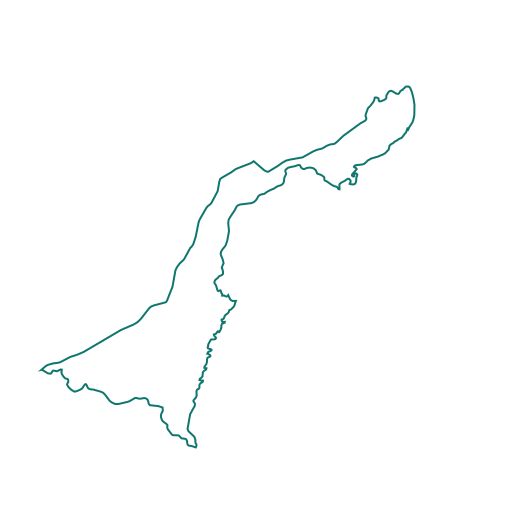 map outline of East Berbice-Corentyne (Robinson projection), rotated 42°
{"feature_id": "GUY-671", "entity_name": "East Berbice-Corentyne", "entity_type": "Region", "adm_level": 1, "iso_a3": "GUY", "parent_name": "Guyana", "parent_adm1": "", "projection": "robinson", "projection_center": [-57.523, 3.897], "detail": "fine", "context": "isolated", "style": "outline", "palette": "teal", "viewbox_px": 512, "rotation_deg": 42, "n_neighbors": 0, "source": "natural_earth", "source_scale": "10m", "svg_char_len": 6076}
<svg xmlns="http://www.w3.org/2000/svg" viewBox="0 0 512 512"><g transform="rotate(42 256 256)"><path d="M271.1,302.9L273.2,307.6L273.4,308.9L273.2,312.2L273.1,312.8L272.4,313.9L272.6,314.7L273.1,315.5L273.4,316.6L273.3,317.7L272.9,319.6L272.8,320.8L273.0,321.8L273.9,324.0L273.7,325.1L273.1,325.8L273.0,326.4L273.9,327.2L274.7,327.4L275.5,327.1L276.8,325.9L277.0,326.3L277.3,326.5L276.1,329.2L276.8,331.0L278.2,332.4L279.0,334.5L279.6,337.1L279.3,337.5L278.1,337.4L277.9,337.8L278.3,340.4L277.2,342.5L278.3,343.2L281.0,343.5L281.4,344.9L280.5,346.2L279.2,347.4L278.4,348.3L279.5,353.1L279.9,354.1L280.5,354.5L281.2,356.3L282.2,356.7L282.9,356.5L284.6,355.6L285.6,355.4L286.1,356.0L284.7,359.4L285.2,361.1L285.5,360.9L288.3,360.4L289.1,360.9L289.0,361.9L288.1,364.0L288.5,365.2L290.6,367.8L291.4,369.5L291.9,373.1L292.6,373.7L294.3,372.6L294.9,373.8L294.2,376.1L294.3,377.7L294.7,378.5L296.8,381.3L296.9,382.0L296.5,385.1L297.0,386.0L298.2,385.5L299.9,384.1L300.6,385.0L300.5,386.0L300.1,387.0L299.9,388.0L300.1,389.2L300.5,390.1L301.9,391.5L302.3,392.4L302.2,393.4L301.6,394.7L302.3,396.4L305.2,399.3L306.1,401.4L306.1,404.8L306.4,405.6L307.2,406.0L309.1,406.4L309.8,406.9L310.9,408.7L311.7,412.8L312.3,414.9L312.9,417.6L320.9,430.4L323.1,431.4L331.2,431.6L334.3,433.4L334.8,434.2L335.4,434.8L336.1,435.3L337.8,435.9L338.5,436.6L339.0,437.5L339.3,438.6L335.4,440.2L332.9,441.9L331.6,442.0L330.4,441.3L329.2,440.2L327.9,439.3L326.3,439.0L324.9,439.7L323.8,440.6L322.6,441.3L321.0,441.3L319.3,441.0L318.2,441.3L314.6,444.4L313.6,445.0L312.5,444.9L306.6,443.8L305.6,443.4L304.2,442.2L303.7,441.3L303.0,440.8L301.2,440.8L298.5,441.1L297.1,441.1L295.6,440.7L293.5,439.5L291.9,438.0L291.0,436.1L290.4,433.4L287.9,431.1L283.9,432.9L276.9,437.9L275.2,437.6L272.2,435.5L270.2,435.3L268.4,436.0L267.2,437.3L266.1,438.8L264.8,440.1L263.1,441.1L262.0,441.6L261.1,442.5L259.1,448.7L258.2,450.3L252.7,458.2L250.3,460.3L246.4,461.4L243.9,461.5L236.9,460.1L234.0,459.9L231.4,460.7L224.7,464.0L221.9,466.0L220.5,466.5L219.1,466.5L216.6,465.3L215.3,465.1L214.8,465.8L214.9,467.3L215.4,470.1L215.2,471.7L214.6,473.4L213.2,476.5L211.8,478.3L208.4,479.0L204.5,478.9L201.8,478.1L201.3,477.3L200.7,475.2L200.0,474.3L198.7,473.5L197.8,473.7L197.0,474.2L196.0,474.6L194.4,474.5L192.6,474.2L190.8,473.6L189.4,472.8L188.8,472.1L188.0,470.6L187.7,470.4L186.7,471.1L185.7,473.7L185.1,474.9L184.4,475.4L182.5,476.4L181.9,477.0L181.8,477.9L182.3,479.9L182.2,480.8L180.0,482.4L173.0,483.8L172.7,484.2L173.4,478.6L174.1,476.4L177.0,471.7L180.5,467.6L181.5,466.1L185.6,455.1L189.1,449.2L192.1,442.7L205.2,401.2L210.9,388.8L211.9,385.6L212.3,383.9L212.4,381.9L212.5,379.2L211.6,367.1L211.6,365.8L211.9,363.7L213.2,361.0L219.7,351.1L220.0,350.4L219.7,348.6L214.5,334.7L205.8,320.7L204.9,317.8L204.5,315.1L204.3,312.6L204.7,308.3L204.7,306.5L201.8,294.1L201.9,291.9L201.6,289.8L201.2,288.5L198.5,282.4L190.9,269.5L190.2,268.0L189.6,266.0L187.0,253.9L186.8,251.1L187.4,248.4L187.4,246.4L184.1,233.4L179.1,225.5L177.9,222.9L178.2,220.9L181.5,210.7L182.9,204.6L190.0,190.6L190.9,187.1L204.7,186.8L207.2,186.2L208.7,185.3L211.9,174.7L213.2,168.9L214.5,165.0L216.6,161.8L224.6,151.6L228.7,139.5L230.4,136.1L233.1,132.1L235.1,126.2L236.4,123.6L239.0,120.5L239.5,119.1L239.8,117.1L240.5,108.1L244.9,87.3L246.4,83.0L246.6,82.3L246.5,80.7L245.2,79.3L244.1,79.0L242.8,77.4L240.3,71.2L240.5,68.1L240.2,63.6L239.7,61.4L238.3,58.8L239.3,57.7L241.1,57.0L241.7,57.0L242.0,57.2L243.5,58.5L243.9,58.5L244.4,58.4L245.2,57.6L246.9,54.1L247.3,52.1L247.0,51.2L245.8,50.0L245.6,49.6L244.9,46.6L244.8,45.2L245.0,44.1L245.8,42.9L246.2,42.6L247.6,42.2L250.9,41.6L252.1,41.2L252.9,40.6L253.3,40.1L253.5,39.5L253.4,39.0L253.0,37.0L253.3,35.3L253.8,34.2L253.6,33.6L253.9,31.7L253.9,30.1L255.0,28.8L255.8,28.3L256.1,27.9L256.5,27.8L258.1,28.0L259.8,28.7L262.8,30.3L266.4,32.7L269.3,34.9L272.6,37.6L279.4,45.4L281.1,48.2L282.7,51.6L283.4,55.4L283.7,57.7L284.0,58.8L284.4,59.8L284.6,60.6L284.7,61.6L283.5,59.7L282.8,59.0L284.8,63.7L284.8,65.7L285.2,70.6L283.8,73.8L283.5,75.6L282.5,78.3L282.4,80.2L281.6,82.4L281.4,84.6L283.4,88.2L283.2,93.3L282.2,96.2L281.2,98.1L280.3,100.2L276.1,107.0L276.1,107.7L275.3,109.6L275.1,111.1L275.0,113.1L274.7,115.3L273.8,116.8L269.8,121.3L269.1,122.3L268.9,123.4L269.2,124.2L269.9,124.2L271.1,123.7L271.9,123.9L272.5,123.9L272.7,124.1L272.8,130.7L273.0,131.4L273.4,131.9L274.1,132.1L274.8,132.0L275.4,131.6L275.6,131.0L274.8,129.9L274.3,129.0L274.5,128.1L275.2,127.6L276.1,127.6L276.9,127.9L277.3,128.4L277.9,130.2L280.7,134.0L281.3,135.8L280.9,137.1L279.9,138.2L278.6,139.1L277.3,139.7L276.8,137.8L276.1,136.9L275.1,136.5L273.6,136.4L272.7,137.0L272.2,138.3L271.6,141.0L270.4,144.1L270.1,145.2L270.0,146.4L270.4,147.4L273.4,150.5L272.6,151.1L271.9,151.0L271.3,150.7L270.5,150.5L269.4,150.7L267.2,151.8L265.1,152.4L258.6,153.2L257.2,153.7L256.1,153.8L255.6,153.4L254.3,152.1L253.9,151.8L251.8,151.9L249.9,152.3L246.3,153.8L243.0,152.2L239.9,152.4L237.2,153.9L235.0,156.3L233.7,159.0L232.8,159.8L230.7,160.1L229.7,159.9L228.9,159.5L228.1,159.2L227.1,159.5L226.5,160.2L224.8,163.3L222.2,166.7L220.8,168.9L220.3,172.0L220.9,173.3L222.3,174.1L223.6,175.1L224.7,178.9L227.0,182.1L227.6,183.8L227.5,185.6L226.9,187.2L225.4,189.6L224.1,194.3L222.7,197.0L221.2,201.1L220.6,204.2L218.8,206.6L218.0,208.1L217.7,209.8L218.0,211.3L218.4,212.7L218.6,214.2L218.5,216.6L217.9,218.4L217.0,220.0L209.8,228.3L208.7,230.3L208.5,232.2L209.6,236.3L210.7,244.2L211.5,247.5L213.5,250.3L218.9,255.2L220.2,257.0L224.4,263.9L226.2,268.1L226.5,269.9L226.7,274.2L227.2,276.1L228.1,277.9L229.5,278.9L233.5,280.8L236.7,283.0L237.0,283.7L237.4,285.3L238.1,286.7L238.2,287.4L238.6,287.8L239.0,288.0L239.9,288.2L240.1,288.5L242.1,289.8L243.5,291.5L243.3,293.1L242.1,295.9L242.3,297.7L241.8,300.7L241.9,301.7L242.3,302.8L242.6,303.3L243.0,303.7L243.7,304.0L246.0,304.6L250.0,307.1L250.9,307.4L251.6,307.2L252.4,305.4L253.5,305.6L255.0,306.7L256.3,306.9L256.8,307.2L257.3,308.1L257.9,307.7L258.7,306.7L261.0,306.1L261.6,305.2L261.5,303.6L264.1,304.8L266.3,305.6L268.5,305.2L271.1,302.9Z" fill="none" stroke="#0f766e" stroke-width="2"/></g></svg>